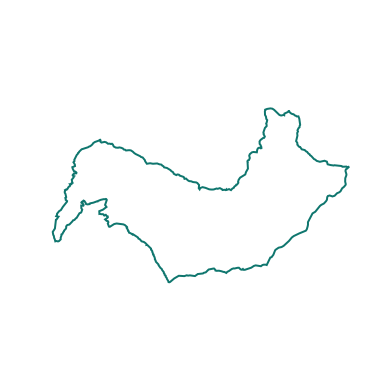 the district of Rucar, Arges, Romania, rotated 131°
{"feature_id": "2599482B65815623674969", "entity_name": "Rucar", "entity_type": "district", "adm_level": 2, "iso_a3": "ROU", "parent_name": "Romania", "parent_adm1": "Arges", "projection": "robinson", "projection_center": [25.127, 45.475], "detail": "fine", "context": "isolated", "style": "outline", "palette": "teal", "viewbox_px": 384, "rotation_deg": 131, "n_neighbors": 0, "source": "geoboundaries", "source_scale": "gbopen_adm2", "svg_char_len": 6020}
<svg xmlns="http://www.w3.org/2000/svg" viewBox="0 0 384 384"><g transform="rotate(131 192 192)"><path d="M313.9,260.0L312.7,261.1L310.2,262.1L309.7,262.7L308.4,262.3L307.0,262.8L305.7,262.8L305.1,263.2L302.5,263.1L301.5,263.5L300.5,264.4L299.4,264.5L298.7,264.4L297.0,263.2L292.3,263.0L291.5,263.2L290.2,262.4L288.1,262.4L287.2,262.1L281.8,263.0L280.6,262.3L279.8,262.3L277.3,263.3L276.9,264.8L274.9,266.7L273.6,265.0L273.2,265.1L272.7,265.5L272.5,266.4L272.6,268.5L271.9,268.7L270.0,268.2L270.4,267.7L269.9,267.4L269.7,267.7L269.4,267.3L269.9,265.3L270.6,264.0L269.8,262.6L268.7,261.7L268.2,261.7L268.1,261.3L267.2,261.3L264.7,259.4L261.4,257.6L261.0,257.0L260.5,257.1L257.9,255.8L255.4,254.0L254.3,252.7L253.8,252.5L253.6,252.1L253.9,251.1L258.8,249.1L259.4,246.7L263.7,247.6L267.3,249.4L269.3,247.5L268.9,247.2L268.4,246.1L267.1,244.5L267.0,243.9L267.4,243.1L267.3,242.7L265.8,242.1L266.1,240.3L265.7,239.6L266.3,238.9L267.1,238.9L269.7,239.6L269.8,237.5L269.2,236.5L269.4,235.7L269.8,235.2L271.0,234.9L272.6,232.0L272.2,231.2L267.2,229.7L265.2,228.2L261.5,222.6L261.0,221.1L261.0,218.2L261.1,217.9L261.9,217.9L262.3,216.8L262.4,215.9L263.3,214.9L263.1,214.2L264.0,212.9L263.4,211.3L263.1,208.8L262.6,208.9L261.9,203.9L261.8,202.7L262.3,202.0L261.9,200.3L262.3,197.7L261.3,195.6L261.1,193.8L261.3,191.5L261.7,191.4L261.3,191.0L261.6,185.8L262.4,185.1L262.3,184.7L262.8,183.0L263.3,182.7L263.8,181.5L264.5,180.7L264.4,180.3L264.8,180.0L264.7,179.5L265.2,179.0L265.7,177.6L266.9,175.9L267.3,175.7L267.5,174.6L268.3,173.6L268.7,169.7L269.2,169.2L270.0,165.9L269.9,164.5L270.5,163.3L271.0,160.7L271.7,160.0L271.7,159.2L272.5,158.3L272.4,157.0L273.2,156.3L273.4,154.8L274.0,154.0L274.7,151.7L275.4,150.6L275.0,149.9L274.2,149.5L268.9,148.7L263.9,147.0L260.5,142.6L258.3,141.3L257.7,140.1L256.3,138.9L253.5,134.6L250.1,133.8L246.3,130.3L245.3,130.1L243.6,128.9L239.6,128.6L235.7,125.6L235.3,125.2L235.4,123.4L235.9,122.8L235.4,121.8L233.7,120.0L232.5,117.8L231.6,115.7L231.1,115.1L230.6,113.0L229.1,113.0L227.5,112.3L223.9,111.4L222.5,110.6L221.7,109.6L219.3,107.9L218.4,106.9L218.5,104.5L217.9,103.3L216.7,103.1L216.9,102.1L216.1,101.1L210.2,97.6L207.2,96.8L205.6,95.8L202.8,91.3L200.9,90.9L199.8,90.2L198.5,88.7L198.1,87.7L190.1,89.9L189.0,89.2L186.0,89.4L181.5,91.0L180.7,91.0L177.2,90.1L174.8,88.3L172.5,87.5L165.4,86.7L160.8,86.8L158.5,86.3L152.9,83.9L146.5,80.7L144.8,80.9L142.2,82.1L140.6,83.0L138.7,84.7L129.1,87.0L126.0,86.0L118.6,86.3L116.9,86.0L114.2,84.9L111.0,84.8L109.3,85.1L107.1,86.6L105.9,86.8L104.3,85.8L103.2,83.1L101.3,81.9L97.7,81.7L95.7,80.7L94.0,80.4L90.7,81.1L88.5,80.7L86.1,80.7L85.2,81.1L83.7,83.2L81.0,85.4L78.3,86.4L77.3,87.1L75.5,89.9L74.5,90.5L73.8,90.7L72.8,90.3L69.7,90.0L71.6,91.3L71.5,92.1L74.3,95.1L74.2,95.9L74.7,96.8L78.4,102.1L79.0,102.4L80.7,105.0L82.1,107.8L80.6,110.1L81.5,112.5L85.3,115.3L86.7,118.3L86.7,120.2L87.1,121.5L86.6,125.6L86.8,127.1L86.4,127.8L86.6,129.5L86.2,131.3L86.5,132.6L86.4,134.5L87.8,137.2L87.1,139.9L87.5,140.4L87.6,141.6L87.2,142.5L87.2,143.5L85.8,144.8L85.3,146.8L80.3,149.4L78.5,151.3L76.8,151.7L76.2,152.9L73.9,153.5L72.6,153.3L71.6,154.1L70.4,154.4L66.3,159.1L65.1,161.3L66.3,162.6L66.3,163.6L66.7,164.4L66.7,166.4L67.3,167.3L67.7,168.7L67.7,170.7L67.2,171.9L67.5,172.2L68.7,172.1L72.2,173.7L73.5,172.8L73.6,173.3L75.8,174.9L76.5,176.5L76.1,183.9L76.4,186.0L77.5,187.7L80.0,189.8L81.7,190.7L81.8,190.4L82.1,190.5L83.2,190.0L85.9,187.5L86.6,185.6L88.1,183.9L88.4,182.4L90.8,181.1L91.6,181.0L92.4,179.7L93.3,178.9L95.8,179.0L100.2,177.2L100.7,176.3L101.3,176.1L102.4,173.4L103.8,173.1L104.4,173.7L107.6,174.4L109.5,174.2L111.3,172.5L111.6,171.1L112.6,169.1L113.4,168.4L114.0,168.9L114.1,169.9L114.5,170.4L115.9,170.9L117.3,170.5L119.5,169.1L121.5,171.9L122.8,172.8L125.5,173.2L127.1,172.6L128.4,170.7L129.4,170.3L130.5,170.0L131.5,170.5L132.3,170.4L132.8,170.0L133.0,169.4L133.4,169.3L137.7,165.1L141.6,164.3L143.8,163.3L149.6,165.1L152.2,164.8L154.1,163.9L154.6,163.1L156.2,162.9L156.9,162.9L157.5,163.4L158.2,163.1L160.2,163.6L161.2,163.2L163.0,163.8L165.0,163.8L165.5,165.9L167.9,167.3L168.1,167.5L167.8,167.8L168.5,167.9L168.8,168.7L170.5,170.3L170.2,170.9L170.8,173.5L172.7,174.7L173.3,175.8L175.9,177.3L177.6,179.2L178.7,180.8L180.0,184.5L181.4,187.2L183.6,188.4L185.0,188.0L184.7,189.4L182.1,191.2L181.7,193.9L182.0,195.1L183.8,197.7L184.5,199.7L185.6,201.2L185.9,202.7L185.8,205.4L187.0,206.3L186.2,207.7L186.2,208.4L187.7,212.1L187.5,212.6L187.6,213.4L188.4,214.6L189.5,214.9L189.8,215.9L190.2,217.8L189.5,219.1L189.8,221.5L189.6,222.5L190.3,226.7L191.7,229.2L191.3,230.4L191.6,231.7L191.4,233.0L192.5,234.8L193.3,237.0L196.3,240.0L197.8,242.5L200.3,244.6L199.5,247.6L198.9,248.4L198.3,251.9L199.0,253.4L199.0,254.6L200.3,259.4L200.5,261.1L200.4,263.2L200.7,265.4L201.6,266.8L204.0,269.1L204.0,270.2L204.7,271.4L204.5,272.7L205.1,274.5L206.1,276.2L207.1,276.8L208.5,278.7L209.0,280.9L208.1,282.9L208.1,284.1L209.0,284.6L209.4,285.7L210.7,287.1L210.8,289.3L211.5,290.8L214.1,292.8L214.1,294.2L213.1,294.8L212.8,295.5L213.3,295.9L214.1,295.9L218.0,298.1L219.9,298.6L221.5,298.4L224.1,298.8L225.0,299.4L226.4,299.8L232.2,303.3L235.7,303.6L236.5,303.3L237.2,303.6L238.2,303.2L239.6,303.3L245.0,301.9L245.7,301.0L247.3,301.0L248.1,298.5L249.2,297.3L251.8,298.6L252.7,297.3L253.8,294.6L253.3,293.9L253.1,292.7L253.2,291.9L253.8,291.6L254.3,292.3L255.7,292.9L255.8,293.2L257.4,293.2L257.7,293.0L257.7,292.4L257.4,291.5L258.1,291.7L258.6,290.9L261.6,290.8L263.3,288.7L263.6,288.7L263.6,288.2L264.8,288.6L264.8,288.2L265.2,288.1L266.2,289.2L266.4,288.6L267.9,288.0L268.9,288.5L271.6,288.0L272.7,288.7L273.4,288.9L273.4,288.7L274.0,289.1L274.6,288.4L275.4,288.2L276.1,287.4L276.3,286.5L278.4,283.6L279.6,283.7L279.7,283.1L280.8,282.2L280.8,280.3L281.3,280.0L288.0,279.7L291.6,279.1L293.6,279.7L296.9,279.6L297.8,278.9L299.3,278.6L298.2,276.6L301.5,276.2L302.2,276.5L309.5,271.5L313.5,270.9L315.4,268.6L315.7,267.6L317.3,265.6L317.6,264.7L318.9,262.8L318.1,262.4L317.2,260.7L316.3,260.2L313.9,260.0Z" fill="none" stroke="#0f766e" stroke-width="2"/></g></svg>